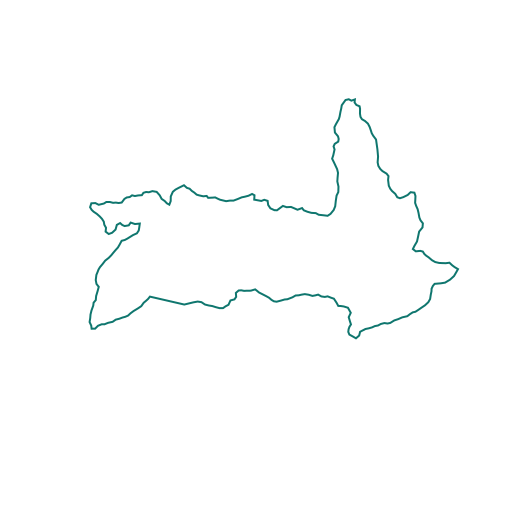 outline of Santo Anastácio, São Paulo, Brazil, rotated 232°
{"feature_id": "56859067B41662494017714", "entity_name": "Santo Anastácio", "entity_type": "district", "adm_level": 2, "iso_a3": "BRA", "parent_name": "Brazil", "parent_adm1": "São Paulo", "projection": "orthographic", "projection_center": [-51.711, -22.014], "detail": "fine", "context": "isolated", "style": "outline", "palette": "teal", "viewbox_px": 512, "rotation_deg": 232, "n_neighbors": 0, "source": "geoboundaries", "source_scale": "gbopen_adm2", "svg_char_len": 4257}
<svg xmlns="http://www.w3.org/2000/svg" viewBox="0 0 512 512"><g transform="rotate(232 256 256)"><path d="M121.3,407.1L124.9,405.7L127.8,404.9L131.6,404.3L133.5,401.1L135.4,398.8L137.8,396.0L140.9,393.5L144.3,392.1L148.7,391.2L151.5,390.3L154.0,389.9L156.8,390.2L158.9,388.6L161.3,384.8L164.9,383.9L166.4,387.0L168.3,391.8L171.6,395.8L174.8,399.6L176.0,404.8L179.0,407.6L182.8,407.6L185.7,408.4L189.9,410.6L193.4,412.2L197.0,413.1L199.9,414.1L202.3,416.2L205.1,418.6L208.4,419.8L211.1,417.1L210.7,413.1L211.7,408.3L212.9,405.0L215.3,403.5L219.2,404.0L223.5,403.2L226.3,403.2L229.6,403.9L234.6,406.9L237.4,409.6L240.5,409.6L245.1,407.9L248.1,407.5L251.7,407.9L254.9,409.5L259.2,413.4L265.4,417.4L273.9,422.3L278.6,422.4L281.5,422.8L283.9,423.7L287.7,425.0L291.4,425.7L295.3,425.0L298.6,423.7L301.3,424.0L304.2,425.6L307.9,428.6L310.2,429.8L313.2,428.1L316.3,428.2L318.5,430.3L319.7,426.8L322.4,425.6L323.8,422.6L322.0,416.4L319.7,413.9L317.6,411.3L314.4,407.7L312.9,405.6L310.6,400.0L309.2,397.1L304.7,394.2L299.8,394.3L297.3,393.2L295.5,391.2L295.9,387.1L294.6,384.6L291.6,383.5L287.8,378.9L285.8,375.9L281.5,375.0L274.5,373.4L271.0,371.8L267.5,368.5L264.7,366.0L259.9,363.7L255.7,360.2L254.0,356.7L250.4,352.9L246.4,349.0L244.4,345.5L243.3,340.6L243.6,337.2L246.3,334.5L249.9,330.8L253.0,329.5L255.9,326.2L259.3,323.7L262.6,321.8L265.4,321.8L266.9,317.2L270.4,315.3L273.1,313.8L275.6,310.2L278.9,308.0L279.1,300.7L280.8,298.7L284.7,296.7L288.7,297.0L292.3,299.1L295.2,297.1L296.1,294.1L301.5,289.3L304.8,292.2L307.3,291.1L308.1,287.2L309.7,283.5L311.0,280.9L312.2,276.5L313.5,272.4L315.8,269.4L317.6,266.2L322.5,262.3L324.8,261.1L327.3,259.9L328.8,257.6L331.3,254.1L333.7,254.1L335.5,251.2L338.8,248.5L340.9,247.0L344.0,246.4L346.8,245.5L349.9,245.1L352.2,243.5L356.1,242.8L357.3,237.0L357.9,233.4L357.8,230.0L355.4,225.5L351.8,222.6L349.8,219.3L352.4,218.2L355.6,217.9L359.1,216.8L363.1,217.5L367.7,217.2L370.9,214.3L372.2,210.8L374.1,208.8L375.1,206.2L374.2,203.5L376.3,200.4L377.8,197.5L380.1,195.7L380.2,192.8L381.7,190.2L382.0,187.5L380.8,183.1L382.3,180.4L384.4,178.4L385.9,176.1L388.4,174.2L390.7,171.3L391.0,168.4L393.2,163.6L396.6,162.0L398.9,158.7L396.6,155.3L393.5,154.9L390.9,155.3L387.2,156.5L383.5,157.2L380.2,157.5L376.8,157.2L374.0,155.7L370.6,155.2L367.8,152.5L364.0,153.5L362.9,156.9L363.3,161.6L366.2,165.5L365.6,169.2L362.8,169.7L360.5,170.9L358.5,174.6L359.5,177.8L355.7,180.3L353.1,184.4L350.2,181.4L348.3,179.3L347.2,176.1L348.2,172.0L348.6,168.2L348.9,165.3L349.4,162.5L350.7,159.5L348.9,155.4L347.7,152.4L347.1,148.9L346.4,145.5L345.7,142.5L345.2,138.8L345.2,134.3L344.1,130.1L343.3,126.2L342.3,123.6L340.8,121.1L339.4,118.6L335.7,114.9L332.2,113.1L328.5,113.1L325.8,109.5L322.9,105.4L319.9,102.6L319.2,99.3L317.1,97.2L314.4,92.9L311.8,89.6L309.1,87.1L306.4,84.2L302.6,83.3L299.9,81.7L297.8,84.5L298.3,88.5L297.2,92.4L295.5,94.5L294.4,98.3L292.4,102.5L292.2,106.3L290.7,109.7L289.7,112.9L288.6,115.5L287.8,118.5L288.1,121.8L288.0,125.7L287.4,130.7L287.1,134.7L288.3,138.7L288.4,141.8L288.6,144.5L289.3,147.4L261.9,169.6L258.0,178.2L256.0,182.0L253.2,184.6L249.2,185.9L246.1,188.3L243.4,190.8L240.6,192.7L237.3,195.2L235.2,198.0L235.1,201.0L234.5,204.3L236.7,208.5L235.1,212.3L236.0,215.2L239.3,217.4L239.5,221.1L238.0,223.3L235.9,225.1L234.2,227.5L231.9,230.5L230.2,234.8L227.8,235.4L225.4,235.9L222.2,237.4L218.1,239.3L215.0,240.6L211.9,241.2L209.3,242.2L207.3,244.1L205.6,248.0L204.1,251.8L202.6,254.1L201.8,256.7L201.0,259.3L200.5,262.9L198.7,265.5L197.5,268.1L195.9,271.0L193.0,273.7L189.8,275.9L188.4,278.6L187.3,281.2L183.9,282.6L181.4,285.0L180.1,287.6L177.0,289.4L174.4,291.1L169.6,290.7L166.0,290.1L164.4,292.0L162.2,294.1L158.6,296.6L152.9,295.7L150.7,291.4L146.4,289.7L143.6,288.7L142.7,286.1L141.3,283.9L139.4,282.0L136.6,281.2L132.6,282.9L129.6,284.1L129.8,288.3L132.2,291.4L131.1,297.3L129.6,300.3L128.3,303.5L127.6,306.5L126.1,309.4L125.6,312.5L124.1,315.9L121.8,318.1L120.6,320.6L120.1,325.3L118.7,329.2L117.6,333.5L115.4,338.2L115.4,341.4L115.1,344.8L113.9,347.3L113.6,350.9L113.4,354.6L113.1,358.8L113.5,363.3L114.9,366.7L118.0,370.0L120.1,372.5L122.1,374.2L123.5,376.9L124.1,379.6L120.7,384.8L118.6,388.6L117.9,394.3L118.3,399.7L120.0,404.0L121.3,407.1Z" fill="none" stroke="#0f766e" stroke-width="2"/></g></svg>